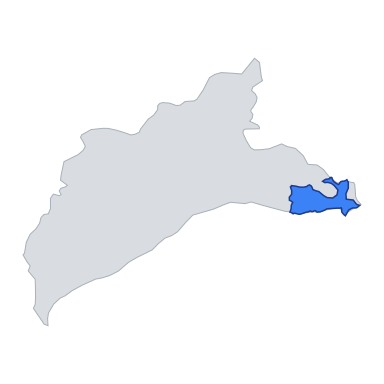 Cahul highlighted on a map of Moldova, rotated 270°
{"feature_id": "MDA-1624", "entity_name": "Cahul", "entity_type": "District", "adm_level": 1, "iso_a3": "MDA", "parent_name": "Moldova", "parent_adm1": "", "projection": "mercator", "projection_center": [28.292, 45.784], "detail": "fine", "context": "in_parent", "style": "filled", "palette": "blue", "viewbox_px": 384, "rotation_deg": 270, "n_neighbors": 0, "source": "natural_earth", "source_scale": "10m", "svg_char_len": 3257}
<svg xmlns="http://www.w3.org/2000/svg" viewBox="0 0 384 384"><g transform="rotate(270 192 192)"><path d="M58.3,48.0L59.9,44.1L75.6,33.4L79.7,35.2L87.9,35.6L104.7,35.2L113.0,28.2L118.0,30.2L122.2,27.0L129.1,23.0L130.1,23.9L131.0,24.5L141.7,26.3L149.7,30.1L155.1,35.9L160.7,39.6L166.4,41.0L169.5,43.9L170.2,48.3L175.5,50.5L185.6,50.4L189.9,53.4L188.3,59.3L189.4,61.2L193.0,59.2L195.7,60.9L197.1,65.3L198.7,67.4L203.8,60.5L209.3,61.2L222.4,64.0L229.4,78.2L233.7,83.2L237.6,85.3L242.4,83.1L246.7,80.5L249.1,81.7L254.4,91.0L255.7,103.2L255.6,108.1L253.8,116.4L251.1,125.2L249.0,130.9L249.9,135.5L251.8,139.3L254.9,140.5L265.0,148.3L268.8,153.6L274.3,157.6L278.5,157.8L280.7,160.0L281.4,162.8L280.9,169.6L278.5,176.1L278.8,180.2L282.5,185.1L282.9,190.7L283.1,194.4L285.1,197.2L294.4,203.4L306.4,209.5L309.5,214.6L311.4,221.1L310.8,232.1L310.0,241.7L325.7,254.5L323.9,256.8L321.5,259.5L306.5,261.4L303.4,262.5L296.9,252.8L293.4,251.6L290.2,255.2L286.4,257.1L281.9,256.1L277.0,253.2L274.5,251.1L272.6,250.8L269.5,252.9L265.5,252.0L262.8,249.6L259.0,257.8L256.6,259.5L255.2,259.3L254.9,245.4L253.8,243.3L250.7,243.0L243.4,246.3L236.4,250.5L234.1,254.3L234.3,261.2L235.3,269.3L240.1,281.6L237.5,287.0L235.6,295.5L228.1,303.4L219.7,307.9L219.0,317.2L214.3,323.6L206.3,329.9L200.9,337.5L202.2,342.8L202.6,347.7L201.7,351.1L201.4,353.7L199.3,354.8L187.1,355.7L183.6,357.3L179.6,361.0L175.8,354.1L172.0,348.1L169.1,344.8L170.3,343.3L173.4,341.6L175.6,339.6L175.3,332.4L173.7,324.1L172.2,320.1L172.1,313.8L171.0,304.0L172.5,285.8L178.6,262.8L182.0,251.3L180.4,245.1L181.7,230.4L179.0,223.1L174.9,213.6L168.9,192.8L161.5,185.6L152.3,177.6L148.4,171.6L145.8,164.9L140.3,158.3L134.1,152.2L126.6,137.0L122.7,130.2L121.5,128.3L113.0,118.5L108.5,109.7L106.2,102.4L104.9,95.6L98.9,82.3L93.4,72.2L88.2,65.1L85.8,60.0L79.8,53.6L71.1,48.5L65.5,47.6L58.3,48.0Z" fill="#d9dde1" stroke="#a8b0b8" stroke-width="1"/><path d="M171.7,290.5L171.9,289.9L175.2,291.1L178.8,291.3L181.7,292.7L182.9,291.2L183.7,289.4L186.8,289.3L189.7,291.6L193.4,291.7L197.0,290.4L197.5,291.3L198.4,291.4L197.9,295.5L196.9,299.8L196.8,303.3L197.4,306.6L198.4,307.8L199.1,309.4L198.2,311.1L196.8,312.0L194.4,312.9L193.3,315.7L192.4,318.9L188.3,323.8L186.4,327.2L186.0,332.7L189.1,337.0L194.0,337.9L198.5,334.2L200.6,331.4L201.6,327.9L201.4,324.7L202.7,322.6L204.6,325.4L205.3,329.7L206.3,329.9L206.7,331.1L206.2,332.0L204.0,332.7L202.7,333.6L201.8,334.5L200.1,337.1L199.5,338.4L200.2,339.2L201.4,339.9L202.4,340.9L202.8,342.4L202.9,343.9L203.3,345.4L204.3,346.9L202.3,347.9L201.9,348.3L201.6,348.3L195.9,348.3L190.2,345.9L184.8,346.3L184.1,352.1L184.0,353.2L180.0,356.3L179.3,357.6L178.8,359.0L178.6,359.7L176.6,357.3L176.1,356.2L176.0,352.5L175.9,352.3L175.7,352.0L175.5,351.3L174.2,349.0L172.4,347.7L168.2,345.4L169.1,344.2L170.4,343.0L171.6,342.0L172.6,341.7L175.1,341.7L176.2,341.2L175.8,339.8L175.9,338.0L175.2,327.1L174.6,326.0L173.3,323.4L172.1,320.1L171.9,317.0L172.2,316.4L173.2,315.6L173.4,315.1L173.3,314.7L172.6,313.3L172.4,312.5L172.5,311.6L172.8,310.8L173.0,310.0L172.6,309.1L172.2,308.3L172.0,307.7L171.9,306.4L170.0,301.0L169.7,299.4L169.9,298.3L170.8,294.5L170.8,293.9L170.3,293.6L170.3,293.0L170.5,292.4L171.1,292.0L171.7,290.5Z" fill="#3b82f6" stroke="#1e3a8a" stroke-width="1.5"/></g></svg>